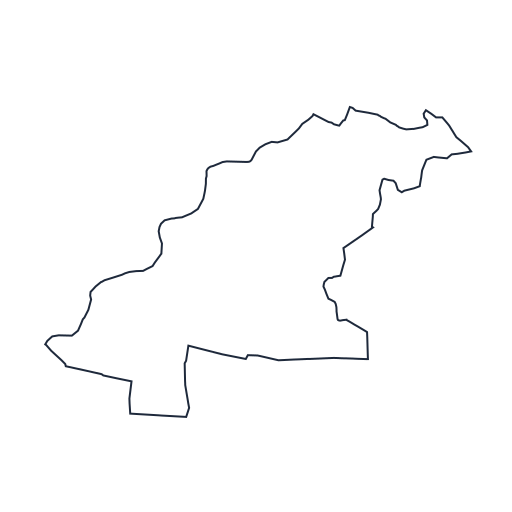 the district of Ans, Dhamar, Yemen, rotated 105°
{"feature_id": "15242507B14895692006944", "entity_name": "Ans", "entity_type": "district", "adm_level": 2, "iso_a3": "YEM", "parent_name": "Yemen", "parent_adm1": "Dhamar", "projection": "equal_earth", "projection_center": [44.359, 14.441], "detail": "fine", "context": "isolated", "style": "outline", "palette": "slate", "viewbox_px": 512, "rotation_deg": 105, "n_neighbors": 0, "source": "geoboundaries", "source_scale": "gbopen_adm2", "svg_char_len": 4123}
<svg xmlns="http://www.w3.org/2000/svg" viewBox="0 0 512 512"><g transform="rotate(105 256 256)"><path d="M326.9,403.0L331.5,405.4L333.5,406.5L336.8,406.0L337.2,405.9L339.8,404.5L340.7,404.0L344.3,404.0L347.8,404.0L350.2,404.0L351.4,404.0L353.3,404.4L358.4,405.5L359.9,405.8L360.4,406.1L362.0,406.9L367.2,407.5L368.5,407.7L369.7,407.9L374.2,408.6L376.4,410.2L380.4,413.1L380.6,413.3L383.7,426.1L386.4,432.0L389.3,433.9L389.8,434.2L392.0,435.6L395.9,436.7L396.3,435.6L400.6,429.2L406.9,417.1L409.7,412.3L411.7,411.2L410.8,391.9L410.1,374.5L410.9,372.6L410.2,359.0L409.3,343.8L426.4,341.4L431.0,340.0L440.8,336.7L435.1,308.9L434.6,306.2L429.5,281.8L424.1,281.5L420.0,281.3L415.6,283.4L414.0,284.1L398.9,291.0L397.8,291.3L395.0,292.2L378.2,297.1L377.5,297.0L376.5,296.7L375.3,296.4L360.1,298.1L360.0,287.9L359.7,263.2L358.1,239.2L353.9,238.2L351.7,228.8L351.6,226.9L351.2,215.7L350.9,207.3L349.6,203.2L346.1,192.3L344.6,187.4L344.4,186.8L341.9,178.9L341.8,178.3L338.7,168.4L336.8,162.4L334.2,154.1L334.0,153.0L333.3,150.2L332.9,148.1L331.8,143.4L331.4,141.9L331.3,141.4L330.1,136.3L329.0,131.2L326.9,122.2L326.6,121.2L322.4,122.5L306.0,127.4L300.9,129.0L300.7,129.1L299.5,133.2L298.1,138.2L298.0,138.5L297.5,140.4L296.7,143.5L296.2,145.1L295.2,148.6L294.6,151.0L294.4,151.9L294.1,152.1L294.2,152.3L294.3,152.5L295.1,154.6L295.5,155.6L296.6,157.8L296.7,158.4L296.8,159.0L296.6,160.2L295.8,160.9L291.2,162.8L288.6,163.9L287.4,164.2L284.6,165.1L281.7,166.6L280.0,168.1L279.9,168.4L279.2,171.3L279.1,171.7L279.0,172.1L278.8,173.2L278.5,175.0L274.3,178.2L270.6,180.8L268.1,182.9L266.7,183.1L265.5,183.2L263.8,183.2L263.2,183.2L262.9,183.0L262.3,182.6L259.2,180.8L259.0,180.7L258.5,180.4L258.2,179.5L258.0,178.7L257.8,177.8L257.7,177.6L257.6,177.4L257.5,176.9L257.4,176.8L256.6,176.1L256.0,175.6L255.8,175.2L255.2,173.8L255.1,173.6L254.7,172.8L253.2,169.4L242.4,169.3L236.5,169.1L230.6,171.5L225.7,173.6L224.1,172.2L216.0,165.3L208.5,158.9L205.3,156.3L205.2,156.2L198.1,150.4L197.7,151.6L194.3,152.2L188.0,153.3L186.6,153.6L185.8,153.8L185.2,153.9L183.7,153.0L181.2,151.4L179.0,150.2L175.0,149.7L174.5,149.6L168.9,150.0L167.1,150.7L163.5,152.4L160.5,153.7L160.4,153.7L149.5,153.6L148.2,152.2L148.3,147.7L147.7,142.7L149.5,139.9L155.4,136.1L156.7,131.7L154.5,129.6L149.9,121.2L149.6,120.7L146.2,115.9L143.8,116.2L138.4,116.7L137.8,116.7L134.3,117.2L131.2,117.6L130.2,117.7L121.9,116.7L118.9,116.3L117.1,113.8L114.8,110.6L114.3,110.0L113.7,105.8L112.2,96.8L109.8,95.1L107.2,93.3L105.2,88.0L101.7,80.2L99.3,75.3L96.0,79.3L91.6,88.3L89.4,93.2L86.7,96.1L84.1,98.8L83.6,99.4L81.6,101.5L80.0,103.2L78.4,105.4L73.9,111.9L75.5,118.0L73.3,123.4L71.2,129.6L75.2,130.9L76.0,130.5L77.3,129.9L78.6,129.3L80.8,125.9L85.0,124.4L85.3,124.7L88.4,128.3L89.0,129.5L89.6,130.9L90.3,132.3L92.5,136.7L92.6,137.3L94.8,143.6L94.9,146.8L94.7,151.1L93.9,152.9L93.8,153.8L93.2,154.6L93.1,154.9L92.2,160.9L91.1,163.5L90.5,165.0L89.9,166.4L89.8,167.9L89.2,171.3L88.6,172.7L88.5,174.0L88.0,175.1L88.2,178.1L88.5,183.7L88.5,184.0L89.8,197.4L88.0,200.9L87.9,201.9L87.8,203.9L95.7,204.6L100.5,205.2L101.8,205.4L102.5,206.8L105.9,208.3L108.5,209.3L108.6,210.3L108.6,214.8L107.7,217.2L107.6,217.6L107.8,220.6L107.0,224.3L105.3,232.0L104.2,237.2L106.1,237.6L110.8,240.7L116.4,245.5L121.7,247.6L125.8,250.0L132.9,254.3L135.3,255.7L140.7,264.6L141.7,270.4L145.6,275.8L150.4,280.5L153.3,282.1L155.0,283.1L161.7,284.6L164.0,285.1L164.8,285.4L165.9,286.1L166.4,286.6L166.8,287.2L167.4,288.8L168.0,291.1L172.2,308.7L173.9,312.6L176.3,315.6L178.0,317.9L180.0,320.5L181.5,323.1L183.3,324.7L184.8,325.4L186.8,325.8L188.8,325.2L191.6,324.4L192.2,324.4L194.2,324.4L199.3,323.1L206.0,322.2L208.7,322.0L214.4,321.7L217.9,322.5L225.6,324.3L230.4,328.5L231.6,329.5L235.3,334.3L237.8,337.5L239.0,340.8L240.0,343.3L240.8,344.6L241.7,347.3L245.2,353.5L249.4,356.1L253.0,356.7L257.3,356.4L263.0,353.7L268.2,350.1L269.1,349.9L278.3,348.0L278.6,348.2L281.6,349.3L288.4,352.0L292.5,353.3L294.1,355.1L296.8,358.2L299.6,361.2L301.6,367.8L304.2,374.2L306.6,378.0L308.8,380.6L314.2,389.0L318.6,396.0L320.9,398.3L321.2,398.9L326.9,403.0Z" fill="none" stroke="#1e293b" stroke-width="2"/></g></svg>